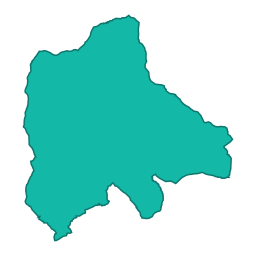 Bruiu, Sibiu, Romania (Equal Earth projection)
{"feature_id": "2599482B45043603267920", "entity_name": "Bruiu", "entity_type": "district", "adm_level": 2, "iso_a3": "ROU", "parent_name": "Romania", "parent_adm1": "Sibiu", "projection": "equal_earth", "projection_center": [24.694, 45.868], "detail": "fine", "context": "isolated", "style": "filled", "palette": "teal", "viewbox_px": 256, "rotation_deg": 0, "n_neighbors": 0, "source": "geoboundaries", "source_scale": "gbopen_adm2", "svg_char_len": 5780}
<svg xmlns="http://www.w3.org/2000/svg" viewBox="0 0 256 256"><path d="M141.9,217.9L144.8,218.4L146.9,218.5L148.3,218.4L149.8,217.9L152.3,216.5L153.3,214.5L154.7,213.0L157.3,211.6L159.4,211.1L160.2,210.6L160.8,209.7L160.9,207.9L161.1,207.6L160.9,207.2L161.1,207.1L161.6,205.2L161.9,204.8L161.6,203.6L162.2,202.5L162.5,200.9L163.2,200.2L163.1,195.3L162.7,195.1L162.6,194.6L162.9,193.6L162.2,192.9L162.3,192.2L162.0,191.7L161.2,190.5L160.6,190.1L161.0,189.6L161.1,189.1L160.7,188.9L160.7,188.3L159.8,186.9L158.5,185.6L158.8,184.8L158.4,184.6L158.4,184.0L157.3,183.5L157.2,183.1L156.7,183.0L155.7,181.5L154.9,181.6L154.1,181.2L153.6,181.3L153.1,180.9L153.4,180.6L153.3,180.3L152.8,180.5L152.1,179.6L152.6,177.7L151.8,177.0L152.3,176.5L152.3,176.1L155.0,174.5L155.3,174.3L156.7,176.1L159.7,178.3L165.6,181.5L171.0,181.1L175.7,183.5L182.0,177.6L186.3,175.2L189.8,174.4L190.9,174.4L194.9,173.7L197.0,173.7L201.8,172.5L203.0,172.6L205.2,173.8L207.0,174.4L213.9,175.7L215.0,176.5L216.3,176.5L217.4,177.2L218.7,177.2L219.1,177.0L220.3,177.3L220.6,177.6L221.2,177.6L221.1,177.9L221.6,178.1L222.5,178.3L225.0,178.2L226.7,177.4L227.8,177.3L228.0,177.0L228.4,177.3L228.9,177.3L228.3,176.5L229.5,175.1L229.8,174.1L229.5,173.8L229.6,173.2L230.7,169.1L231.2,158.5L230.4,156.9L229.7,156.5L229.6,156.0L229.0,155.5L228.8,154.7L227.9,154.7L227.1,154.3L227.5,153.5L227.4,151.2L226.4,149.8L225.9,149.5L225.9,149.1L225.5,149.1L224.1,147.4L224.2,147.0L223.9,146.8L224.0,146.4L230.3,141.9L232.5,139.3L229.9,135.6L227.6,134.2L227.6,133.7L227.9,132.9L227.9,131.9L227.5,130.8L226.9,128.3L225.2,127.0L224.3,126.8L220.5,126.5L217.6,126.9L215.1,126.4L212.9,125.3L210.5,122.8L208.4,121.9L205.4,122.7L204.1,122.3L200.7,115.3L199.1,113.7L198.1,112.2L196.1,111.5L193.8,111.2L191.9,109.6L190.4,108.7L188.8,107.1L186.0,105.7L185.5,105.6L185.2,105.0L184.6,104.8L183.3,103.7L182.8,103.7L182.7,103.1L181.1,101.4L180.0,99.3L177.5,97.3L175.5,95.0L175.3,95.2L175.4,94.6L173.1,93.9L171.2,93.6L170.7,93.8L169.3,93.2L166.5,91.1L166.0,90.6L166.2,89.6L166.0,89.3L164.4,87.6L164.3,85.9L161.8,84.9L155.3,84.2L151.1,81.2L149.7,78.8L148.9,75.0L148.9,73.5L148.6,72.0L145.5,68.2L145.1,67.3L145.1,65.1L145.3,64.3L145.9,62.5L146.6,61.6L145.9,58.3L146.1,54.2L145.7,51.3L144.6,49.6L144.8,49.0L144.7,48.1L142.4,44.5L141.0,43.3L139.2,42.6L139.0,42.0L139.3,41.3L139.1,41.0L139.0,39.9L138.2,39.2L138.6,34.0L138.3,30.3L138.6,26.6L139.0,24.4L139.0,22.5L136.0,20.1L134.4,18.2L131.0,17.4L130.1,16.8L128.8,15.4L127.9,16.2L127.1,16.4L126.3,17.4L125.0,17.7L122.1,17.8L121.0,18.7L115.7,18.4L114.7,19.1L113.0,19.6L112.3,20.6L110.2,20.7L109.0,21.6L108.3,21.7L108.6,21.9L108.2,22.0L108.3,22.4L107.9,22.8L106.9,22.7L107.1,22.9L106.5,23.0L106.1,23.4L104.3,23.3L104.0,23.1L103.0,23.3L103.0,23.5L102.7,23.3L101.4,23.6L100.9,23.9L101.0,24.1L100.6,23.8L97.3,26.3L93.7,27.1L92.8,28.4L91.3,31.6L90.6,33.7L90.6,34.7L90.1,36.0L88.1,39.3L86.7,41.1L85.2,42.2L84.8,43.7L84.3,44.5L80.1,48.0L77.8,50.7L76.8,49.9L74.9,49.6L73.8,49.8L72.0,50.9L70.4,51.3L68.8,51.4L68.1,51.0L67.0,50.8L61.0,52.4L58.7,54.2L56.5,55.3L53.9,55.0L51.5,53.7L50.4,52.8L45.9,50.9L43.8,50.7L41.6,51.4L39.2,51.3L38.7,52.5L37.6,53.6L37.1,54.7L35.8,56.6L34.9,57.4L33.9,59.3L32.3,60.8L32.2,61.0L32.7,60.8L30.8,64.3L30.6,64.2L30.4,65.3L30.8,66.7L30.7,68.2L31.0,70.6L30.3,72.4L29.5,73.0L28.6,75.2L27.5,77.1L27.3,78.4L27.7,79.9L27.7,81.6L27.3,85.0L25.8,88.3L25.1,90.6L25.2,92.3L26.9,93.8L27.9,95.4L28.2,97.0L28.4,99.6L28.0,102.0L28.1,104.1L27.3,106.6L27.5,107.2L26.5,108.5L26.6,109.4L25.9,110.7L25.2,112.5L25.5,116.3L24.8,117.7L24.4,119.6L24.1,123.5L24.3,124.7L23.6,126.2L23.5,127.0L25.3,128.5L26.7,132.3L28.9,135.7L29.2,142.4L29.1,144.3L30.8,146.8L31.7,147.2L32.8,149.7L33.4,150.5L34.4,154.3L35.0,155.1L34.9,155.7L35.5,156.2L35.7,157.2L34.7,157.7L33.3,160.2L32.2,160.9L30.7,161.3L31.0,162.5L31.0,163.5L31.8,165.6L32.4,166.5L33.5,169.4L33.9,171.2L33.0,171.8L31.8,174.6L31.9,174.8L31.6,175.5L30.2,177.3L30.1,178.0L29.4,179.2L29.2,180.0L28.5,181.0L28.2,182.6L27.6,183.7L26.7,184.7L26.0,187.7L25.8,190.8L26.8,197.0L25.2,201.4L26.0,203.4L26.9,204.4L28.6,205.3L29.3,206.3L30.7,206.7L32.0,209.5L38.3,216.5L38.5,216.3L38.4,216.6L39.0,216.8L38.7,217.1L39.6,216.9L39.9,216.5L40.0,216.9L39.8,217.1L39.1,217.5L38.5,217.4L39.5,219.1L39.2,219.3L40.8,220.1L42.5,221.5L43.3,221.5L43.4,222.0L44.8,222.8L44.7,222.9L47.2,223.0L47.6,223.4L47.9,224.5L50.0,226.5L51.7,229.0L53.5,229.7L53.9,230.4L54.6,230.4L54.6,230.9L56.0,232.4L56.1,233.5L55.8,233.9L54.9,234.0L54.4,236.1L54.1,236.6L54.1,237.7L54.7,240.5L56.0,240.6L58.5,239.4L63.0,236.4L65.1,235.8L66.3,235.7L67.1,234.0L66.7,233.8L66.8,233.5L68.2,233.1L70.0,233.2L71.6,232.5L71.2,231.0L70.5,230.2L70.4,229.3L68.5,227.7L68.3,227.2L68.6,227.0L68.1,226.3L68.2,226.1L69.3,225.6L69.9,224.9L70.3,223.9L70.4,222.3L70.9,221.4L72.0,221.2L72.3,220.0L73.2,219.4L74.2,218.2L76.6,217.6L76.1,216.1L79.6,216.0L83.2,213.6L85.0,213.3L85.5,212.1L84.9,210.3L85.0,210.0L86.1,209.5L87.4,209.4L88.9,208.5L92.2,207.2L95.7,205.2L97.6,205.3L98.2,204.9L98.4,203.9L99.0,203.5L99.3,203.6L99.2,204.0L98.6,204.5L99.0,205.0L100.9,205.0L101.1,204.7L101.7,205.3L101.7,205.7L102.0,205.8L102.6,205.5L104.8,205.3L105.8,204.4L107.7,203.8L109.2,201.3L108.7,200.9L107.9,200.7L107.3,199.7L107.0,197.6L107.2,196.0L107.0,193.6L106.1,190.5L107.1,189.8L107.7,188.6L108.0,186.4L109.5,185.7L110.3,185.8L111.8,183.9L112.9,182.9L114.5,184.9L115.2,186.1L116.3,186.0L117.5,186.6L118.7,187.9L119.9,188.8L120.9,190.1L124.0,192.6L124.9,192.9L125.8,193.6L129.5,197.2L130.2,198.2L130.1,198.7L130.5,199.6L130.5,200.2L131.6,201.0L132.1,201.8L134.4,203.9L134.5,204.6L134.9,204.6L136.0,205.8L136.0,206.7L136.6,207.0L136.6,207.3L137.0,207.8L136.5,208.0L137.2,208.7L138.1,210.3L138.5,210.3L138.7,211.0L139.8,211.9L140.2,212.9L140.5,215.2L140.9,216.1L141.9,217.0L141.9,217.9Z" fill="#14b8a6" stroke="#0f766e" stroke-width="1.5"/></svg>